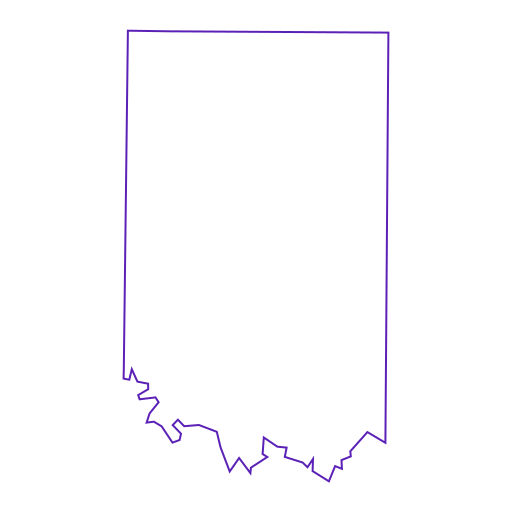 outline of Coleman, Texas, United States of America
{"feature_id": "52423323B20578192164801", "entity_name": "Coleman", "entity_type": "district", "adm_level": 2, "iso_a3": "USA", "parent_name": "United States of America", "parent_adm1": "Texas", "projection": "equal_earth", "projection_center": [-99.516, 31.746], "detail": "fine", "context": "isolated", "style": "outline", "palette": "violet", "viewbox_px": 512, "rotation_deg": 0, "n_neighbors": 0, "source": "geoboundaries", "source_scale": "gbopen_adm2", "svg_char_len": 724}
<svg xmlns="http://www.w3.org/2000/svg" viewBox="0 0 512 512"><path d="M184.2,426.2L198.9,425.0L216.8,431.8L220.5,447.2L229.7,471.5L239.1,458.0L250.4,473.1L250.9,467.7L267.3,457.0L262.6,454.0L263.8,437.5L277.4,446.7L286.6,447.6L284.8,456.9L302.6,462.5L307.5,467.2L313.0,459.0L312.6,471.1L328.9,481.3L335.1,466.1L341.9,468.8L341.5,460.1L350.8,456.4L350.3,451.3L367.4,432.1L385.4,442.8L388.4,32.6L169.4,31.3L127.9,30.7L123.8,369.3L123.6,378.6L129.3,379.7L131.8,369.2L137.4,381.6L148.1,383.7L148.2,389.2L138.2,395.1L139.6,399.3L155.5,397.4L158.6,402.3L149.6,413.4L146.6,422.6L153.9,421.7L161.6,426.3L172.5,442.6L179.6,440.0L181.0,433.7L172.7,425.1L177.9,419.7L184.2,426.2Z" fill="none" stroke="#5b21b6" stroke-width="2"/></svg>